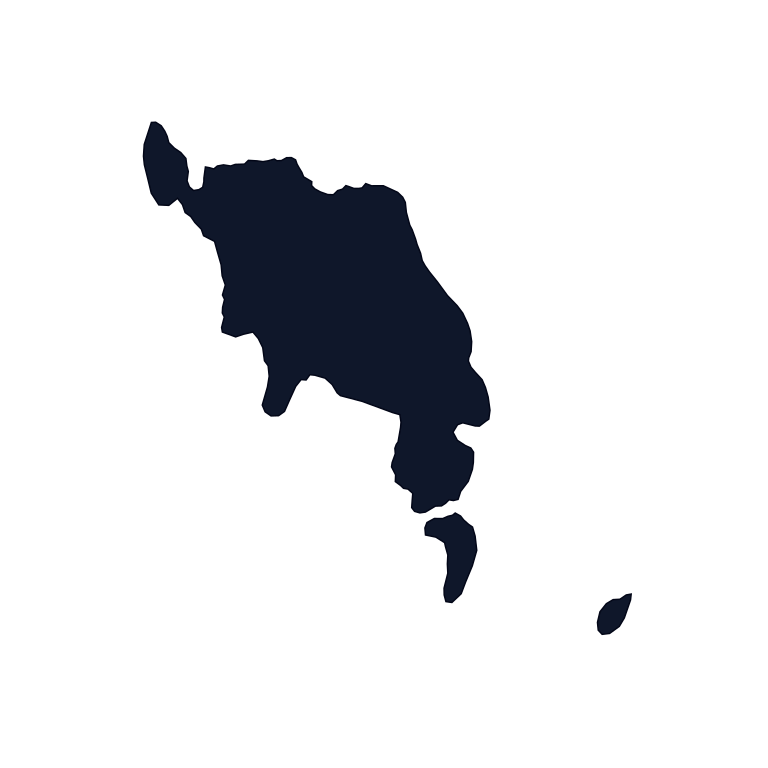 the district of Gotland, Gotland, Sweden, rotated 106°
{"feature_id": "70781695B80690990768870", "entity_name": "Gotland", "entity_type": "district", "adm_level": 2, "iso_a3": "SWE", "parent_name": "Sweden", "parent_adm1": "Gotland", "projection": "natural_earth1", "projection_center": [18.646, 57.653], "detail": "fine", "context": "isolated", "style": "filled", "palette": "ink", "viewbox_px": 768, "rotation_deg": 106, "n_neighbors": 0, "source": "geoboundaries", "source_scale": "gbopen_adm2", "svg_char_len": 2818}
<svg xmlns="http://www.w3.org/2000/svg" viewBox="0 0 768 768"><g transform="rotate(106 384 384)"><path d="M402.9,302.1L399.6,297.6L399.2,284.8L398.2,280.7L391.7,275.9L388.9,273.6L380.0,274.9L367.8,280.3L359.4,285.5L352.8,290.9L347.7,299.3L343.9,305.0L338.7,309.2L335.5,309.8L328.9,309.2L319.1,311.4L309.2,315.9L302.7,320.4L294.2,327.8L288.6,335.2L281.5,347.4L271.2,360.7L263.7,371.3L259.0,377.1L254.8,381.3L248.2,384.9L240.7,390.7L236.0,393.6L228.0,399.4L224.2,403.0L212.9,409.8L203.5,413.6L199.3,417.5L196.0,423.7L193.6,439.3L196.9,450.6L196.4,456.8L201.5,459.1L202.9,462.0L204.3,466.9L203.9,472.4L203.8,475.3L208.1,477.6L210.9,481.9L216.0,484.8L217.4,490.3L216.9,498.1L215.5,504.3L213.2,508.3L209.4,509.2L207.0,518.4L203.2,521.3L199.5,525.3L196.6,528.2L192.9,530.8L191.9,535.4L193.3,540.0L197.5,544.2L198.9,548.5L198.0,551.4L201.3,556.7L203.6,561.6L204.5,567.5L206.4,576.0L211.1,578.7L213.9,587.5L216.7,591.5L217.6,598.7L220.4,604.3L224.2,606.9L224.2,611.5L224.6,615.5L235.5,613.9L239.2,612.9L244.9,612.5L248.2,615.5L250.5,620.4L248.2,625.4L243.0,629.3L233.6,630.7L228.8,633.6L221.8,636.6L217.5,643.2L215.1,650.5L211.3,657.4L205.7,660.7L201.4,664.4L197.2,669.3L195.3,675.6L196.7,679.7L219.8,680.5L231.3,678.0L239.3,674.8L252.0,667.5L264.7,660.3L273.9,649.8L271.6,640.1L262.4,633.7L267.1,627.2L274.0,622.4L276.3,615.9L280.9,610.3L285.5,602.3L291.2,598.3L293.6,586.2L302.8,580.6L314.3,573.4L324.6,569.4L332.6,563.8L343.0,563.8L346.6,560.6L354.6,560.3L360.3,559.0L363.6,556.0L374.4,555.7L378.6,553.7L379.6,539.6L374.9,532.8L370.2,524.3L374.9,517.4L382.4,510.6L394.6,505.3L398.4,500.4L408.2,496.5L419.0,495.2L437.8,495.2L443.5,490.6L445.8,483.8L443.5,476.6L437.8,472.1L426.1,470.5L410.6,468.2L402.6,464.9L401.6,460.0L395.5,457.8L394.6,452.9L394.6,442.2L398.8,433.7L405.4,426.6L407.2,422.7L406.7,400.4L409.1,367.8L409.1,360.3L416.1,357.1L421.2,356.1L435.8,354.5L438.6,355.5L442.8,355.8L448.0,353.9L457.3,354.5L461.6,353.9L468.1,347.8L474.7,346.2L477.0,340.0L478.9,336.5L478.4,332.0L481.2,326.2L487.7,324.9L495.2,323.3L498.0,319.5L498.0,314.0L495.7,308.9L491.9,305.3L487.2,300.9L485.3,295.1L481.6,291.9L477.4,289.6L476.9,285.2L474.5,281.0L466.1,280.7L454.4,276.2L441.7,275.5L434.7,276.5L424.9,279.1L421.6,282.9L420.7,289.0L417.9,298.0L411.3,304.4L402.9,302.1ZM517.7,302.5L516.9,292.0L519.8,282.0L523.5,280.0L530.8,275.5L539.5,273.5L548.3,270.5L563.7,270.0L570.2,268.0L576.1,264.5L575.3,258.5L564.3,252.0L551.9,251.0L534.4,249.0L518.3,249.0L505.1,254.5L497.1,259.5L495.6,264.0L492.7,270.0L489.8,274.0L488.4,280.0L491.3,282.0L493.5,286.0L497.2,290.5L499.4,298.5L505.3,304.5L511.1,305.0L517.7,302.5ZM554.3,113.1L561.6,110.2L564.5,105.3L561.6,98.4L552.1,91.0L542.6,88.5L523.6,87.5L517.8,88.5L520.0,93.0L525.9,97.9L528.1,104.3L533.9,109.7L543.4,113.6L554.3,113.1Z" fill="#0f172a" stroke="#020617" stroke-width="1.5"/></g></svg>